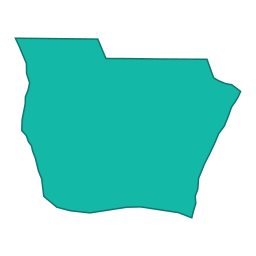 Itaúna do Sul, Paraná, Brazil
{"feature_id": "56859067B85448512958769", "entity_name": "Itaúna do Sul", "entity_type": "district", "adm_level": 2, "iso_a3": "BRA", "parent_name": "Brazil", "parent_adm1": "Paraná", "projection": "robinson", "projection_center": [-52.897, -22.73], "detail": "fine", "context": "isolated", "style": "filled", "palette": "teal", "viewbox_px": 256, "rotation_deg": 0, "n_neighbors": 0, "source": "geoboundaries", "source_scale": "gbopen_adm2", "svg_char_len": 700}
<svg xmlns="http://www.w3.org/2000/svg" viewBox="0 0 256 256"><path d="M15.4,38.2L19.4,46.7L23.0,55.3L26.4,63.4L26.6,73.4L29.6,82.8L28.2,89.7L25.4,96.9L25.2,103.9L22.1,119.9L21.8,130.6L26.3,135.6L28.5,141.8L31.5,145.8L32.6,151.0L35.4,158.3L38.5,171.0L41.7,178.9L43.8,196.4L56.8,207.2L70.2,210.7L89.9,212.9L126.7,207.2L140.7,206.9L178.4,212.6L191.8,217.8L193.4,211.2L195.8,203.4L195.2,196.2L197.8,189.1L198.6,178.3L204.6,163.6L210.0,153.1L215.2,142.0L218.6,133.7L224.4,125.9L228.9,114.5L231.5,107.1L235.0,102.1L238.3,96.6L240.6,91.4L231.7,84.7L225.4,83.6L217.9,80.4L213.5,77.6L207.0,59.3L159.6,59.0L129.2,58.6L105.9,58.5L97.8,39.1L15.4,38.2Z" fill="#14b8a6" stroke="#0f766e" stroke-width="1.5"/></svg>